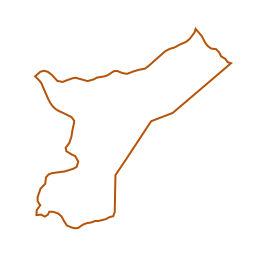 outline of Penaforte, Ceará, Brazil, rotated 95°
{"feature_id": "56859067B64429510120789", "entity_name": "Penaforte", "entity_type": "district", "adm_level": 2, "iso_a3": "BRA", "parent_name": "Brazil", "parent_adm1": "Ceará", "projection": "albers", "projection_center": [-39.052, -7.771], "detail": "fine", "context": "isolated", "style": "outline", "palette": "amber", "viewbox_px": 256, "rotation_deg": 95, "n_neighbors": 0, "source": "geoboundaries", "source_scale": "gbopen_adm2", "svg_char_len": 1378}
<svg xmlns="http://www.w3.org/2000/svg" viewBox="0 0 256 256"><g transform="rotate(95 128 128)"><path d="M23.4,69.3L27.0,70.0L34.1,74.5L37.2,77.7L40.5,83.9L43.7,88.6L45.3,92.9L48.1,97.4L53.2,102.3L64.0,112.5L67.4,116.3L69.1,122.3L71.2,127.6L74.1,133.6L73.8,138.3L72.1,143.7L72.6,147.0L76.7,152.2L78.4,155.2L80.5,163.3L82.5,166.3L84.8,172.4L83.5,179.3L82.5,184.5L83.3,187.6L86.3,194.1L87.8,197.1L87.3,202.4L81.8,208.4L79.0,212.8L78.3,216.6L79.5,220.1L84.6,225.0L88.2,220.8L90.6,218.4L105.6,210.3L110.2,207.3L113.2,204.7L115.5,201.7L117.2,198.1L118.5,194.4L122.1,185.1L125.6,182.2L128.8,182.3L132.0,182.8L135.8,183.2L141.5,183.6L147.9,185.1L153.1,188.4L156.5,187.4L159.3,181.8L160.5,178.3L165.7,174.6L171.1,175.7L173.3,178.8L176.7,187.0L179.6,199.8L181.2,203.1L184.4,205.4L190.8,205.6L195.9,209.8L204.6,212.0L208.8,211.7L212.6,208.7L217.8,211.8L222.7,211.6L221.9,207.1L223.5,203.1L221.3,200.3L218.3,199.1L218.0,195.4L219.2,190.2L221.8,186.6L226.3,183.6L230.4,180.4L231.9,175.9L232.6,172.3L231.9,168.9L228.2,164.5L226.3,160.5L225.2,156.1L223.6,153.0L223.2,149.5L222.2,146.3L220.7,142.1L218.4,138.6L217.1,135.0L212.8,133.9L176.1,136.4L169.9,133.0L160.9,128.0L119.2,105.5L109.1,84.8L101.2,77.0L54.5,31.0L53.7,34.4L50.6,37.1L48.5,41.5L44.7,43.8L41.8,47.1L41.6,52.1L39.3,55.8L36.5,58.4L32.9,60.7L30.2,62.4L27.0,65.6L23.4,69.3Z" fill="none" stroke="#b45309" stroke-width="2"/></g></svg>